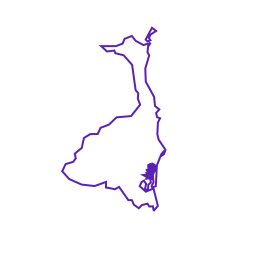 Aklan, Aklan, Philippines (Mercator projection), rotated 55°
{"feature_id": "2640588B21218366338371", "entity_name": "Aklan", "entity_type": "district", "adm_level": 2, "iso_a3": "PHL", "parent_name": "Philippines", "parent_adm1": "Aklan", "projection": "mercator", "projection_center": [122.331, 11.655], "detail": "medium", "context": "isolated", "style": "outline", "palette": "violet", "viewbox_px": 256, "rotation_deg": 55, "n_neighbors": 0, "source": "geoboundaries", "source_scale": "gbopen_adm2", "svg_char_len": 1901}
<svg xmlns="http://www.w3.org/2000/svg" viewBox="0 0 256 256"><g transform="rotate(55 128 128)"><path d="M210.4,153.9L208.9,148.2L192.2,141.8L190.4,149.9L182.4,151.8L180.1,148.0L180.3,145.2L184.2,145.2L187.9,149.3L190.2,147.2L186.1,143.8L185.8,140.6L181.8,138.7L180.0,142.1L179.3,140.5L175.2,142.6L177.5,138.1L175.6,138.0L176.2,136.5L173.1,136.7L173.5,132.5L171.4,133.8L170.0,132.6L170.3,130.3L172.7,130.0L171.2,128.5L173.7,127.3L177.0,128.4L180.6,134.5L187.3,138.4L189.0,141.9L190.5,142.3L191.6,138.6L175.3,125.9L168.7,116.0L167.4,111.1L170.0,115.4L170.0,113.6L167.4,109.8L155.1,109.6L149.9,107.5L140.7,100.4L138.4,96.1L135.8,98.0L131.8,96.3L130.7,91.7L125.6,93.3L117.5,88.8L100.3,86.9L89.2,79.7L80.6,68.9L77.1,68.6L70.6,62.8L68.9,67.8L61.0,71.7L54.8,72.1L53.0,79.7L55.8,84.0L54.0,91.0L45.6,103.0L53.3,101.3L56.7,94.8L59.6,95.4L65.8,89.9L78.6,88.4L101.5,100.1L105.3,99.6L109.6,103.1L115.9,104.7L120.0,118.6L112.7,131.3L114.3,141.6L112.1,150.4L115.6,156.3L111.3,162.5L110.9,169.8L117.8,177.3L118.5,186.3L123.0,188.3L124.3,192.3L121.8,199.8L125.7,206.7L136.2,205.4L147.8,198.4L156.4,188.6L159.6,176.9L164.1,180.2L170.7,173.7L171.1,169.1L187.2,169.1L189.4,166.2L194.1,167.2L199.9,165.2L199.1,160.7L201.2,155.4L204.5,155.6L206.5,152.5L209.7,154.1L210.4,153.9ZM59.7,50.9L65.7,62.8L68.1,62.5L69.0,59.3L66.2,59.2L64.4,55.8L64.6,49.3L59.7,50.9ZM176.8,129.1L174.8,131.0L183.9,138.8L177.9,132.4L176.8,129.1ZM180.6,137.8L178.4,137.4L177.5,137.5L177.7,139.9L180.6,137.8ZM177.7,134.9L175.7,135.7L177.1,136.1L176.2,137.9L179.0,136.7L177.7,134.9ZM171.7,130.3L170.2,132.4L171.6,133.1L173.5,132.0L171.7,130.3ZM174.5,133.7L173.3,134.6L174.4,136.4L175.7,135.7L174.5,133.7ZM177.3,134.3L175.1,132.9L175.5,134.9L177.3,134.3ZM174.7,129.0L173.1,128.6L173.5,129.6L174.7,129.0ZM71.5,61.4L71.2,61.5L71.7,61.9L71.5,61.4ZM179.6,140.5L179.4,140.5L179.6,140.7L179.6,140.5Z" fill="none" stroke="#5b21b6" stroke-width="2"/></g></svg>